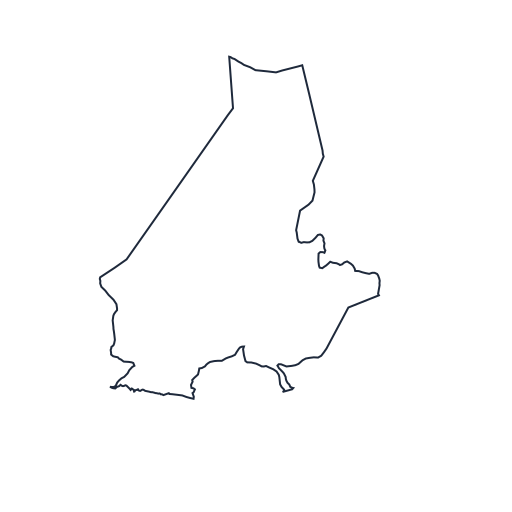 outline of San Juan Juquila Vijanos, Oaxaca, Mexico, rotated 121°
{"feature_id": "50627088B54668599036443", "entity_name": "San Juan Juquila Vijanos", "entity_type": "district", "adm_level": 2, "iso_a3": "MEX", "parent_name": "Mexico", "parent_adm1": "Oaxaca", "projection": "orthographic", "projection_center": [-96.282, 17.33], "detail": "fine", "context": "isolated", "style": "outline", "palette": "slate", "viewbox_px": 512, "rotation_deg": 121, "n_neighbors": 0, "source": "geoboundaries", "source_scale": "gbopen_adm2", "svg_char_len": 3631}
<svg xmlns="http://www.w3.org/2000/svg" viewBox="0 0 512 512"><g transform="rotate(121 256 256)"><path d="M226.4,130.4L225.5,131.9L217.4,135.0L215.7,136.2L213.5,137.2L211.9,138.7L209.8,141.3L209.0,143.0L209.3,145.6L210.5,147.7L213.0,149.8L214.2,153.2L215.2,156.5L216.0,160.1L217.7,163.3L216.0,164.9L214.3,168.0L213.8,170.6L213.7,175.1L216.1,177.0L218.8,177.9L220.5,179.4L220.4,180.7L220.7,183.2L222.2,186.6L222.7,189.4L225.6,190.2L228.3,191.1L229.9,191.9L232.3,192.9L233.2,195.4L232.0,196.9L228.9,199.4L226.8,200.8L221.7,203.6L219.5,202.9L218.2,200.5L218.0,199.0L217.1,199.1L215.4,199.5L215.3,199.8L215.2,200.1L214.2,201.4L212.4,202.8L209.9,203.8L208.1,206.1L206.0,207.1L204.4,210.0L204.5,212.1L206.1,213.8L209.8,214.4L214.0,215.5L216.8,217.3L218.2,219.5L219.5,222.2L221.4,224.0L221.6,226.7L221.8,226.7L221.8,226.8L219.7,229.4L214.9,233.2L213.2,234.9L194.4,241.6L190.1,239.7L184.9,237.4L179.8,236.2L179.5,236.1L171.3,238.6L168.8,240.2L164.9,243.2L162.3,246.0L136.0,249.2L133.9,251.4L131.3,253.3L89.7,293.9L68.7,314.6L71.9,317.6L83.4,329.0L88.3,333.4L92.0,341.6L97.0,352.2L97.2,358.2L98.4,364.7L98.2,367.9L98.4,371.2L98.2,375.9L98.7,378.0L98.6,380.3L99.0,381.6L141.2,351.8L149.9,352.7L251.5,359.9L325.6,365.2L339.1,371.2L354.5,378.6L356.1,378.1L357.5,376.6L359.8,375.4L362.1,372.6L363.3,367.4L365.3,362.3L366.9,355.6L369.2,350.8L372.5,348.1L374.0,347.2L376.2,347.6L378.9,347.8L380.7,347.5L385.0,345.7L390.4,341.6L391.8,340.7L393.8,339.0L395.8,337.4L399.6,334.5L400.7,333.7L404.1,332.5L406.0,332.2L408.5,333.1L409.8,332.5L411.4,332.2L413.4,330.5L415.1,329.4L415.5,326.8L415.0,325.1L414.0,322.3L414.5,320.6L414.3,318.2L414.6,315.7L414.6,314.9L412.3,310.5L411.2,307.8L410.9,306.1L412.7,303.7L414.8,304.9L419.1,305.8L422.7,305.6L427.5,306.7L430.1,308.3L433.2,309.3L435.9,309.8L439.3,309.4L440.8,309.9L441.8,310.8L442.5,312.0L443.3,313.8L443.2,311.8L443.0,310.8L442.7,309.9L442.0,308.4L440.0,307.9L437.9,306.2L436.2,305.8L436.3,304.4L436.3,303.5L435.7,302.5L434.1,301.4L433.8,300.3L434.9,295.8L435.4,294.5L434.5,294.3L433.7,294.4L433.5,293.7L433.8,292.4L433.7,291.6L435.0,290.7L434.8,290.4L433.4,290.3L432.4,289.6L432.0,289.0L431.2,288.7L431.0,288.4L431.6,287.7L431.6,286.7L431.2,285.7L429.6,284.9L429.3,284.7L428.8,284.2L428.7,283.6L428.6,283.3L428.7,281.9L428.5,281.0L427.9,279.4L427.7,278.7L427.5,278.3L426.8,275.8L426.2,274.9L425.6,273.0L425.3,271.6L424.8,270.6L424.2,268.7L423.5,267.9L423.4,266.9L423.6,266.5L423.0,265.3L422.9,263.7L418.5,260.1L418.9,259.2L417.6,256.6L415.4,251.7L413.5,247.4L412.7,243.1L411.7,239.5L410.6,236.0L408.7,236.8L406.2,239.8L405.0,239.3L401.8,239.7L401.6,241.4L402.3,243.4L400.0,245.3L396.4,245.6L395.2,246.8L392.0,246.1L389.5,245.3L387.4,244.7L383.6,245.9L381.6,246.7L379.9,244.7L376.9,242.9L374.6,242.6L372.4,241.8L370.5,240.8L367.6,237.7L365.6,234.9L363.4,231.3L359.3,229.1L357.2,227.5L354.5,225.1L351.5,223.1L348.0,223.1L344.1,222.9L342.4,222.5L340.9,221.3L339.8,219.7L341.2,219.4L342.5,219.1L347.4,215.1L351.5,210.9L351.7,208.7L349.7,205.2L348.2,200.5L347.8,196.7L347.7,194.3L346.7,192.4L345.1,190.7L344.8,187.5L344.2,182.9L344.4,178.9L346.1,175.3L347.7,173.7L353.6,169.2L355.1,166.6L356.1,163.0L357.2,162.4L358.8,163.2L353.9,158.5L353.1,157.8L352.2,156.9L351.7,156.4L350.0,156.1L350.3,157.0L350.5,159.2L349.0,161.3L348.5,163.6L347.2,165.8L346.0,167.1L344.4,168.3L342.3,171.6L341.7,173.3L340.8,176.7L340.4,178.5L339.8,179.5L338.9,181.2L337.1,180.8L335.9,178.7L335.5,176.1L335.0,173.0L331.8,168.8L329.3,166.0L326.6,164.0L321.4,162.4L318.2,160.5L315.7,157.6L313.1,154.3L311.1,150.5L307.9,148.7L303.5,148.2L299.0,147.9L252.6,150.3L226.4,130.4Z" fill="none" stroke="#1e293b" stroke-width="2"/></g></svg>